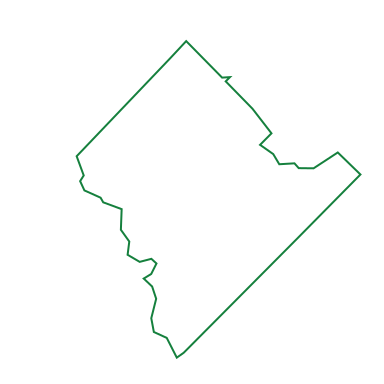 Lee, Georgia, United States of America, rotated 134°
{"feature_id": "52423323B57343387643599", "entity_name": "Lee", "entity_type": "district", "adm_level": 2, "iso_a3": "USA", "parent_name": "United States of America", "parent_adm1": "Georgia", "projection": "robinson", "projection_center": [-84.108, 31.769], "detail": "fine", "context": "isolated", "style": "outline", "palette": "green", "viewbox_px": 384, "rotation_deg": 134, "n_neighbors": 0, "source": "geoboundaries", "source_scale": "gbopen_adm2", "svg_char_len": 620}
<svg xmlns="http://www.w3.org/2000/svg" viewBox="0 0 384 384"><g transform="rotate(134 192 192)"><path d="M321.7,87.9L313.4,86.3L154.1,84.0L62.4,83.0L62.3,114.6L90.5,121.0L100.7,131.8L100.2,138.2L111.4,148.5L108.3,159.9L110.8,175.8L94.6,175.6L90.1,206.3L89.0,244.6L83.0,244.5L88.8,249.8L87.5,301.0L110.4,300.6L246.4,299.8L255.3,281.4L261.9,280.0L265.6,270.5L259.6,253.8L261.1,248.7L253.2,230.7L268.6,216.9L271.2,202.7L281.9,194.7L278.6,181.1L268.3,174.8L268.1,167.9L279.3,164.4L287.8,166.6L287.7,155.0L293.7,143.6L311.1,133.6L319.2,122.2L314.5,108.8L321.7,87.9Z" fill="none" stroke="#15803d" stroke-width="2"/></g></svg>